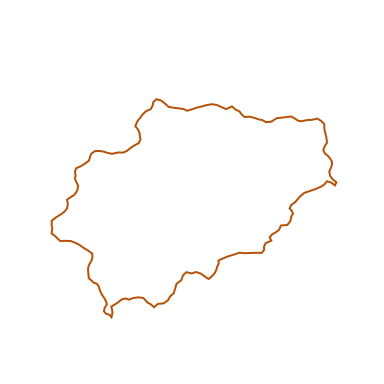 outline of Carmo de Minas, Minas Gerais, Brazil, rotated 73°
{"feature_id": "56859067B32891499548928", "entity_name": "Carmo de Minas", "entity_type": "district", "adm_level": 2, "iso_a3": "BRA", "parent_name": "Brazil", "parent_adm1": "Minas Gerais", "projection": "equal_earth", "projection_center": [-45.157, -22.089], "detail": "fine", "context": "isolated", "style": "outline", "palette": "amber", "viewbox_px": 384, "rotation_deg": 73, "n_neighbors": 0, "source": "geoboundaries", "source_scale": "gbopen_adm2", "svg_char_len": 2590}
<svg xmlns="http://www.w3.org/2000/svg" viewBox="0 0 384 384"><g transform="rotate(73 192 192)"><path d="M227.5,53.4L225.0,51.1L221.1,53.7L217.0,55.2L212.7,54.8L209.2,51.9L206.7,50.1L203.9,49.3L200.6,50.1L197.1,51.5L193.9,53.7L190.3,54.2L186.8,51.5L184.3,48.5L180.2,47.7L175.8,47.3L171.8,47.2L169.1,46.6L165.7,45.6L162.0,47.6L158.5,50.5L158.0,56.6L157.0,60.1L156.4,66.3L154.9,69.7L152.1,71.9L148.9,75.0L147.9,79.8L147.3,83.5L146.2,89.4L147.9,95.6L146.9,100.8L143.6,103.9L142.0,107.2L139.8,110.0L137.0,114.5L135.6,119.8L132.5,121.8L128.9,123.0L125.8,126.3L121.8,128.8L122.8,135.1L119.2,139.2L116.1,142.7L114.0,146.9L113.2,152.3L113.0,158.3L112.7,162.8L112.9,168.1L112.8,173.1L110.5,175.4L108.6,179.1L106.6,183.8L103.8,189.5L99.6,191.9L95.4,194.8L92.9,198.9L94.7,202.7L97.5,204.1L100.6,207.0L101.4,212.7L103.7,217.0L105.7,219.7L108.4,223.5L112.5,227.0L116.2,225.4L120.1,224.9L123.2,225.5L126.6,225.9L129.7,228.6L130.8,234.5L132.3,238.8L133.7,242.2L134.2,246.5L132.7,250.6L132.1,257.4L129.5,262.0L127.4,264.9L125.7,268.5L124.5,272.8L125.9,277.0L128.6,279.3L131.8,281.3L133.3,285.2L134.8,290.7L135.4,295.8L138.4,298.0L142.3,298.5L144.9,300.1L148.6,299.7L152.7,299.0L156.1,300.7L158.5,302.9L160.5,305.8L161.4,309.4L162.8,313.7L167.3,314.3L171.3,316.4L173.2,319.2L174.8,323.1L176.4,329.2L178.4,334.5L182.6,335.9L185.7,336.1L190.6,338.4L194.5,335.5L197.8,333.9L200.4,332.3L201.6,327.6L203.6,322.0L207.2,317.6L210.4,314.5L213.9,311.9L218.2,308.0L221.8,305.4L225.1,306.2L228.2,308.1L231.1,311.3L233.7,313.3L237.2,314.5L240.4,315.1L244.3,315.9L247.1,314.1L249.8,312.7L251.9,309.8L255.1,308.8L259.8,308.8L264.2,308.1L268.0,306.8L271.7,306.2L274.5,306.2L277.3,309.4L280.3,311.1L283.2,309.9L285.3,306.8L288.2,305.6L284.1,303.3L281.3,302.9L278.0,302.7L276.1,295.4L274.2,290.5L274.4,286.5L276.5,283.8L276.2,279.5L277.0,274.3L279.1,269.5L282.1,268.1L284.7,266.9L287.3,264.3L291.1,262.0L289.0,257.4L290.2,251.6L288.4,246.5L285.5,243.6L283.5,239.2L279.4,236.3L275.2,233.6L273.2,228.0L269.1,225.0L267.0,220.8L269.8,216.2L269.7,211.5L272.6,207.4L276.8,204.2L280.0,201.7L278.6,198.1L276.7,194.6L273.8,191.7L270.6,189.6L268.4,187.4L265.3,186.8L264.7,183.0L264.1,176.4L264.1,169.3L263.9,164.4L265.8,159.9L267.2,154.8L268.6,149.3L270.6,143.2L268.6,140.0L265.4,139.2L262.4,136.5L261.8,130.4L258.0,131.0L255.9,127.7L255.1,124.1L253.7,119.9L250.0,116.7L251.4,110.6L248.6,106.4L244.4,104.1L242.1,101.7L239.0,102.1L236.3,103.5L233.5,101.0L231.8,96.2L229.7,92.9L227.8,90.0L225.7,84.9L225.5,78.7L225.2,72.1L224.6,66.8L223.5,63.3L221.2,59.8L223.8,56.0L227.5,53.4Z" fill="none" stroke="#b45309" stroke-width="2"/></g></svg>